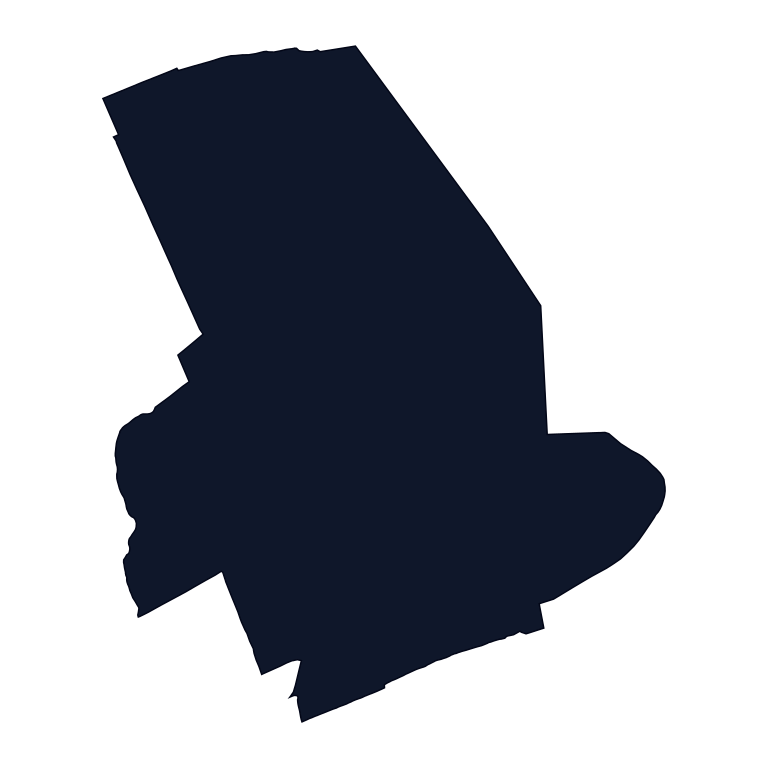 outline of Slatioara, Olt, Romania
{"feature_id": "2599482B63215832934331", "entity_name": "Slatioara", "entity_type": "district", "adm_level": 2, "iso_a3": "ROU", "parent_name": "Romania", "parent_adm1": "Olt", "projection": "mercator", "projection_center": [24.319, 44.407], "detail": "fine", "context": "isolated", "style": "filled", "palette": "ink", "viewbox_px": 768, "rotation_deg": 0, "n_neighbors": 0, "source": "geoboundaries", "source_scale": "gbopen_adm2", "svg_char_len": 5341}
<svg xmlns="http://www.w3.org/2000/svg" viewBox="0 0 768 768"><path d="M663.9,479.5L662.7,477.1L660.2,473.3L656.3,469.1L652.0,465.3L647.8,461.1L642.5,456.8L638.6,454.4L631.0,450.4L620.6,443.7L608.8,433.7L607.6,433.3L605.1,432.5L604.0,432.5L601.7,432.6L599.9,432.7L598.2,432.7L547.2,434.5L545.8,407.0L540.7,305.7L488.1,226.2L394.2,98.8L355.4,46.1L334.1,49.5L320.2,51.7L317.3,50.1L313.0,51.5L311.2,51.7L307.8,51.8L304.5,51.6L301.4,51.2L299.0,50.7L296.5,48.3L295.3,48.3L294.9,48.1L294.2,48.3L293.3,48.5L292.6,48.6L291.8,48.8L290.7,48.9L289.9,49.0L288.4,49.2L286.0,49.5L280.7,50.8L274.4,52.0L272.3,52.2L272.1,51.9L271.3,52.0L268.3,51.9L266.4,51.4L263.6,51.7L255.7,53.7L248.7,54.8L242.3,54.9L235.4,55.6L230.9,55.8L221.1,58.0L210.2,61.5L194.1,66.0L179.7,70.2L178.3,70.5L176.8,68.3L170.8,71.0L155.8,77.0L141.6,82.6L131.5,86.8L121.0,91.1L102.9,98.5L118.6,134.7L113.5,137.0L116.1,140.9L116.8,143.3L118.8,147.8L120.2,151.1L123.2,158.0L130.0,174.2L136.8,189.2L144.7,206.1L153.0,225.0L159.5,239.2L164.3,250.0L168.2,258.7L171.5,265.9L177.1,279.2L181.4,288.7L187.2,301.3L192.6,313.3L199.7,329.1L203.2,334.2L202.5,334.7L193.4,342.4L182.4,351.5L177.9,355.1L178.0,355.4L189.2,381.7L182.5,386.5L179.5,388.9L174.1,393.2L169.4,396.9L162.9,401.7L155.3,407.3L154.9,408.3L154.5,409.4L153.4,411.5L152.8,412.0L151.8,412.8L150.3,413.5L149.0,413.8L147.4,414.0L145.2,414.0L143.4,414.0L142.6,414.1L141.7,414.4L140.6,414.9L139.7,415.6L138.5,416.4L137.0,417.1L135.7,417.7L134.4,418.6L132.8,419.8L132.0,420.5L131.1,421.3L129.5,422.7L127.7,424.0L125.2,425.5L123.7,426.7L122.5,427.8L121.7,429.0L120.9,430.0L120.0,431.4L119.7,432.7L118.8,435.3L117.8,438.2L116.9,441.1L116.4,443.4L115.9,447.6L115.5,451.6L115.3,453.4L115.3,456.0L115.8,457.8L116.1,461.8L116.5,463.9L117.3,466.9L117.5,469.5L117.3,472.2L116.8,474.1L116.8,476.0L116.9,478.7L117.6,481.7L118.5,484.9L119.4,488.3L120.7,491.8L122.1,494.6L123.3,496.5L124.1,497.8L124.9,500.6L125.8,503.7L126.1,505.2L126.3,506.6L126.8,508.9L128.1,511.8L128.9,513.8L130.2,515.4L131.7,516.7L133.6,517.6L134.4,518.5L135.2,519.6L135.8,521.2L136.4,523.4L136.3,525.0L136.2,526.8L135.9,528.3L135.3,529.9L134.3,531.5L133.0,533.4L132.2,534.5L130.6,537.1L129.5,538.4L129.0,539.7L128.7,541.3L128.6,543.1L128.8,544.6L129.5,546.4L129.8,547.9L129.8,549.4L129.5,551.2L129.1,552.7L128.1,554.0L126.7,554.9L125.3,557.4L123.7,559.8L123.6,562.3L124.1,564.7L124.3,566.2L124.5,567.7L124.9,569.5L125.2,571.0L125.5,572.0L125.5,573.2L125.7,574.1L125.8,575.0L126.4,576.5L126.8,577.5L126.7,579.8L127.0,581.9L127.7,584.1L128.8,586.6L129.4,588.6L129.9,590.6L131.4,594.0L132.8,597.7L135.3,601.6L137.6,605.6L138.8,607.5L138.8,607.8L138.9,608.7L138.9,609.0L138.7,609.9L138.4,612.1L137.8,615.0L138.0,616.0L138.3,617.0L139.1,616.7L139.9,616.4L144.2,614.3L148.5,612.1L160.7,605.3L168.9,600.9L185.6,591.9L195.4,586.2L205.9,580.2L215.2,575.1L221.3,571.2L222.7,572.2L223.4,574.1L223.9,575.8L224.3,576.9L224.6,578.0L225.3,580.0L225.7,581.6L226.3,583.1L227.0,584.8L227.8,586.9L230.2,592.9L232.0,597.4L234.1,602.5L237.9,611.8L240.1,618.3L241.6,622.3L245.1,630.1L247.0,633.4L249.7,641.1L251.8,645.5L253.4,648.8L253.5,650.0L254.1,653.4L256.2,660.0L259.0,666.6L260.1,669.8L261.1,672.7L261.7,674.4L262.5,674.0L267.2,671.9L274.1,668.8L280.4,666.0L286.6,662.9L292.1,660.7L293.1,660.6L295.7,660.0L297.7,659.7L299.1,660.1L299.8,660.2L300.3,660.3L301.4,660.6L299.1,670.0L296.9,679.2L295.4,685.4L294.4,688.7L293.6,691.5L293.3,692.2L292.6,693.3L291.9,694.2L290.8,695.9L289.9,697.1L292.2,696.1L294.2,695.4L296.3,695.5L297.1,695.8L297.7,696.2L297.9,697.1L298.0,698.1L297.6,699.7L297.7,701.4L297.9,703.2L298.1,704.5L298.6,706.8L299.4,709.9L299.7,711.3L300.7,717.1L301.3,719.7L302.0,721.9L304.0,721.0L306.5,719.9L309.0,718.7L310.2,718.2L311.7,717.7L313.5,716.9L315.6,716.0L317.4,715.4L318.7,714.8L333.0,709.1L334.8,708.5L336.4,708.0L338.3,707.0L340.3,706.2L342.6,705.4L345.0,704.5L346.6,703.9L348.5,702.9L351.2,701.8L352.2,701.2L353.3,700.7L354.3,700.3L355.7,699.7L357.4,699.1L358.8,698.6L360.7,698.0L362.6,697.2L363.8,696.6L364.8,696.1L366.2,695.6L367.3,695.1L368.6,694.6L369.8,694.1L371.2,693.6L373.2,692.8L375.4,691.9L377.3,691.1L379.0,690.3L379.7,690.0L381.1,689.4L384.5,687.8L384.4,685.8L384.4,684.6L385.7,683.9L387.5,682.8L389.6,681.8L391.6,680.7L393.7,679.9L396.3,678.8L400.1,677.0L402.3,676.0L403.6,675.4L405.7,674.2L408.0,673.2L414.5,670.2L416.3,669.4L418.7,668.5L421.5,667.6L423.5,667.0L425.3,666.3L427.7,664.7L429.9,663.7L431.8,662.7L434.2,661.5L435.4,660.8L437.5,660.1L441.0,659.3L443.8,658.3L446.1,657.6L447.6,656.9L449.2,656.2L450.1,655.7L451.2,655.0L452.9,654.4L454.2,653.8L456.2,653.4L458.3,652.5L460.3,651.9L462.0,651.3L463.9,650.8L466.1,650.2L469.6,649.1L473.5,647.9L475.1,647.4L477.5,646.7L479.4,646.2L481.3,645.7L482.9,645.1L484.4,644.5L485.8,643.9L487.3,643.3L488.7,642.5L490.8,642.0L493.8,640.9L497.1,639.9L499.7,639.2L501.1,639.1L504.8,638.2L506.0,636.9L507.4,636.0L510.5,635.4L513.6,634.7L519.9,631.2L521.3,632.2L525.5,633.6L526.0,633.8L529.6,632.7L536.7,630.4L543.8,628.1L539.8,607.2L539.2,603.7L553.6,599.1L572.9,587.4L583.8,580.9L592.0,576.1L600.1,571.7L606.5,568.2L612.6,564.3L614.4,563.1L620.5,558.9L626.8,553.1L633.7,546.3L638.8,540.1L644.3,532.3L649.7,524.3L654.2,517.5L655.8,514.6L658.0,512.1L660.0,509.0L661.7,505.3L663.1,500.9L664.3,496.8L664.7,494.4L665.1,491.0L665.0,487.0L664.4,483.3L663.9,479.5Z" fill="#0f172a" stroke="#020617" stroke-width="1.5"/></svg>